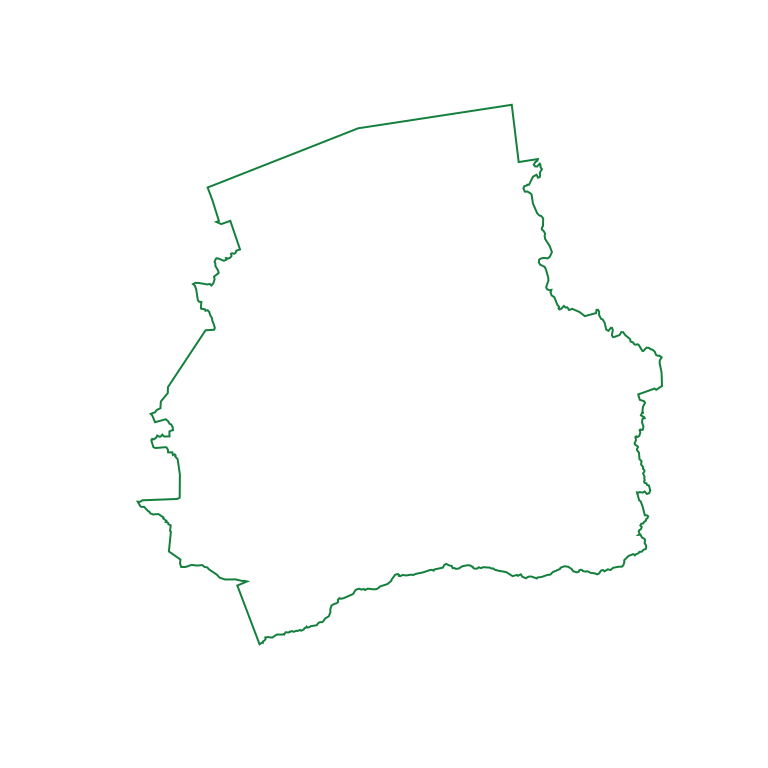 the district of El Alto, Catamarca, Argentina, rotated 251°
{"feature_id": "61730980B19433533444932", "entity_name": "El Alto", "entity_type": "district", "adm_level": 2, "iso_a3": "ARG", "parent_name": "Argentina", "parent_adm1": "Catamarca", "projection": "albers", "projection_center": [-65.454, -28.418], "detail": "fine", "context": "isolated", "style": "outline", "palette": "green", "viewbox_px": 768, "rotation_deg": 251, "n_neighbors": 0, "source": "geoboundaries", "source_scale": "gbopen_adm2", "svg_char_len": 6166}
<svg xmlns="http://www.w3.org/2000/svg" viewBox="0 0 768 768"><g transform="rotate(251 384 384)"><path d="M627.2,281.2L614.1,281.6L591.9,281.0L591.8,278.3L588.2,282.2L588.3,291.8L558.1,291.7L558.1,287.7L556.4,286.5L555.9,284.8L557.1,282.9L556.9,281.7L554.7,281.5L553.5,279.7L553.3,277.8L554.5,275.7L553.0,275.7L552.7,273.9L552.7,272.6L555.9,269.1L557.4,266.8L557.2,265.9L554.6,263.5L552.9,263.8L550.3,263.0L545.3,264.1L542.8,263.9L540.9,258.3L538.1,257.9L534.8,255.4L533.3,252.9L535.3,251.9L535.6,249.5L539.9,241.6L541.0,238.7L540.6,236.0L538.6,237.2L534.4,237.2L523.9,235.3L522.1,235.8L521.0,238.0L515.2,235.5L514.5,235.9L513.0,238.9L511.4,239.0L511.2,241.2L508.9,242.2L505.4,242.1L502.2,242.8L499.7,242.3L495.2,242.5L492.1,242.3L490.6,241.1L492.9,232.8L451.4,178.7L445.8,176.6L440.5,167.9L439.5,167.0L433.9,164.8L433.4,160.6L431.8,158.3L431.7,153.7L429.8,154.6L422.4,155.1L421.7,166.2L419.0,167.8L416.2,168.3L414.9,169.7L411.7,170.1L409.0,169.5L409.3,166.8L408.9,165.6L404.3,164.1L406.0,158.9L408.3,157.9L407.0,155.7L407.2,154.5L409.1,152.8L407.6,151.3L406.6,148.3L407.4,147.2L406.9,147.0L407.1,146.1L406.0,145.6L399.4,145.4L397.9,147.0L395.4,156.8L394.8,157.7L392.3,158.3L389.6,157.6L388.3,161.6L385.6,161.3L385.7,163.1L384.4,163.7L383.6,163.0L380.1,164.4L365.1,161.6L343.0,153.8L342.7,150.8L352.7,117.7L352.0,115.2L352.9,112.8L347.5,113.9L346.8,114.6L345.9,117.2L340.3,119.7L339.8,120.5L337.7,121.0L335.8,123.2L334.5,128.3L329.7,132.1L328.8,131.4L325.5,133.7L324.5,132.7L323.7,134.2L322.7,134.7L321.5,134.5L319.8,136.3L314.7,133.9L313.7,134.4L295.7,126.1L284.3,134.4L280.8,132.7L277.0,132.7L275.6,136.6L275.6,143.2L273.2,148.1L271.9,153.3L269.5,154.7L268.1,157.2L265.7,158.2L258.1,163.9L254.3,165.6L250.9,170.1L247.5,180.2L243.9,185.8L243.6,187.4L241.9,190.2L241.2,179.7L178.4,181.6L179.2,184.5L178.7,185.1L179.9,185.7L180.5,187.7L181.6,189.1L183.0,189.3L182.5,191.9L180.6,195.7L182.0,201.2L180.2,206.2L180.2,207.5L179.6,207.9L181.3,210.2L180.2,212.6L180.1,213.5L180.6,214.1L180.2,215.2L180.4,216.5L179.1,217.9L179.2,221.0L178.6,221.7L178.8,224.4L177.7,225.3L178.1,228.3L179.0,229.3L179.1,230.9L179.8,231.8L178.7,232.3L178.4,233.7L178.8,236.2L177.8,241.9L179.2,243.7L179.7,245.9L178.9,248.0L179.5,249.5L181.4,251.9L182.4,256.3L185.8,259.1L188.3,259.8L191.7,262.3L192.3,265.8L192.1,267.8L193.0,269.8L194.8,270.0L196.1,272.0L195.0,273.1L194.6,276.2L195.5,286.4L198.3,289.7L198.7,291.4L198.5,293.9L196.9,295.9L196.7,298.3L195.4,299.0L195.8,302.0L193.3,307.2L192.5,310.0L192.9,312.3L193.9,314.4L193.7,322.0L195.5,326.8L196.6,327.5L200.1,332.6L199.6,335.5L198.6,336.1L197.7,335.6L197.0,337.1L197.4,339.3L195.7,342.8L194.8,348.0L193.9,349.2L194.1,352.6L193.2,359.2L193.1,366.9L192.8,368.5L191.4,370.2L192.1,370.7L192.2,371.8L191.2,379.8L193.2,382.1L193.7,384.2L191.4,386.4L189.9,388.8L187.5,389.0L187.1,390.7L185.8,391.7L185.2,394.5L186.2,398.8L185.4,404.1L184.2,406.7L182.8,407.5L182.5,408.3L180.8,408.6L179.6,410.1L179.2,412.3L179.9,413.9L178.3,415.8L178.5,418.1L176.1,423.9L174.5,425.7L174.0,427.3L172.4,428.2L170.2,431.4L166.4,438.3L160.5,443.0L160.1,447.6L159.0,448.2L159.5,451.4L156.8,452.0L154.1,454.9L154.7,457.1L154.6,459.0L153.8,460.9L150.4,465.2L151.1,466.1L150.2,470.2L150.3,476.5L149.7,478.4L149.7,479.5L151.2,482.3L151.8,490.2L152.8,491.1L152.9,495.4L151.2,498.7L147.8,501.3L145.3,501.9L143.0,505.3L143.1,507.0L144.2,507.9L144.4,509.3L143.4,510.9L142.3,511.2L140.9,513.7L140.8,515.3L138.1,518.0L136.4,521.6L134.7,523.4L134.8,525.6L136.8,528.2L136.9,530.4L135.1,531.5L135.9,535.2L134.4,537.6L135.6,540.9L134.9,546.1L133.8,549.7L134.8,551.4L137.5,553.3L139.2,553.8L141.8,559.2L142.0,564.4L140.3,565.4L140.9,566.6L141.2,569.7L142.2,570.9L141.5,572.9L142.8,575.6L142.7,577.4L143.4,578.4L145.9,579.2L148.8,578.6L151.2,579.9L152.6,580.0L154.9,577.9L158.0,577.5L158.5,575.5L159.1,576.9L161.8,576.9L162.7,577.8L163.1,579.6L164.9,581.2L166.8,580.3L168.2,581.9L167.7,583.4L169.0,585.3L169.4,587.0L170.8,587.8L171.4,589.4L172.9,590.7L174.3,589.7L175.0,587.9L183.9,588.6L189.4,588.5L190.9,587.4L199.1,587.9L198.4,589.2L198.6,590.4L197.1,593.3L197.5,595.5L194.5,596.7L194.5,599.2L196.6,601.1L201.8,601.5L203.0,599.8L204.7,599.8L205.7,598.2L207.2,598.2L208.2,599.2L209.9,599.3L211.2,600.1L215.2,599.9L216.4,601.7L218.0,602.1L219.7,601.2L220.9,602.0L224.4,600.9L227.1,602.4L229.8,601.1L236.0,602.7L239.1,601.7L240.3,602.2L241.5,603.6L242.3,603.6L245.1,601.6L246.2,601.6L249.1,604.1L252.0,604.4L252.4,605.4L251.4,606.2L251.8,608.5L254.8,610.6L257.2,610.7L257.5,611.6L256.5,613.0L256.6,613.8L259.2,615.4L263.8,615.5L265.9,616.5L267.1,617.3L266.8,619.3L268.0,619.2L270.7,616.7L272.5,618.3L272.4,620.4L272.8,619.3L274.0,619.4L278.2,621.5L281.3,624.7L283.0,624.3L285.8,620.7L291.4,621.0L291.6,638.3L289.9,639.5L291.6,646.2L304.5,650.2L314.0,651.4L316.6,652.5L318.8,655.2L321.0,653.8L321.7,651.9L322.9,650.7L326.5,650.5L329.1,649.0L329.8,647.7L331.9,646.2L332.9,644.1L330.8,640.0L331.1,639.1L338.3,637.5L339.0,636.7L339.1,635.0L339.9,633.7L342.4,632.9L343.9,630.9L345.9,631.3L347.0,630.9L351.5,628.1L355.1,627.0L355.8,625.2L353.6,622.7L353.5,617.3L353.9,615.7L356.1,615.4L360.4,617.9L362.7,617.9L363.3,616.9L361.2,613.5L363.0,611.9L370.3,612.5L373.8,611.8L374.9,610.5L379.0,609.8L382.2,610.9L384.4,610.6L384.9,609.1L382.0,607.6L382.8,596.0L388.4,592.3L393.8,586.4L393.7,583.1L396.8,582.3L397.2,580.5L399.2,579.6L397.3,575.7L397.4,574.1L398.7,573.6L399.8,574.7L402.5,573.7L410.7,573.3L413.2,571.3L416.3,571.3L418.5,572.9L418.8,570.8L420.4,569.2L421.9,568.8L422.8,568.9L428.2,573.1L430.8,573.9L439.5,574.4L442.5,574.0L446.0,570.5L448.4,570.0L450.9,571.1L451.6,573.1L451.2,576.2L449.5,579.6L450.3,582.2L454.0,585.7L460.3,585.6L468.7,583.6L471.8,584.1L473.7,585.3L476.5,584.8L478.9,583.5L480.6,584.4L481.5,585.7L488.7,588.4L491.5,587.5L492.9,585.6L495.6,584.4L506.2,583.6L515.0,585.2L516.4,584.7L519.3,582.2L520.0,579.8L523.6,579.5L525.4,581.2L525.2,583.8L525.8,584.2L525.2,586.0L531.5,592.3L532.2,596.3L528.9,596.8L528.9,598.5L529.9,599.3L533.0,600.1L535.8,603.3L537.7,602.6L540.7,603.3L541.6,603.0L539.8,599.5L540.5,597.8L542.6,597.0L544.6,599.3L545.1,601.7L546.6,602.7L550.0,583.6L606.4,595.7L634.2,442.8L627.2,281.2Z" fill="none" stroke="#15803d" stroke-width="2"/></g></svg>